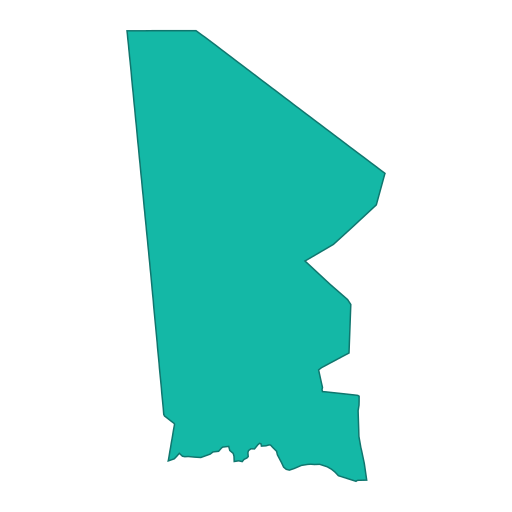 map outline of Timbuktu (Robinson projection)
{"feature_id": "MLI-2688", "entity_name": "Timbuktu", "entity_type": "Region", "adm_level": 1, "iso_a3": "MLI", "parent_name": "Mali", "parent_adm1": "", "projection": "robinson", "projection_center": [-3.929, 20.026], "detail": "fine", "context": "isolated", "style": "filled", "palette": "teal", "viewbox_px": 512, "rotation_deg": 0, "n_neighbors": 0, "source": "natural_earth", "source_scale": "10m", "svg_char_len": 3269}
<svg xmlns="http://www.w3.org/2000/svg" viewBox="0 0 512 512"><path d="M196.0,30.7L199.0,32.9L202.0,35.1L205.0,37.2L207.9,39.4L212.3,42.7L215.4,45.0L218.5,47.4L221.6,49.8L224.7,52.1L227.8,54.5L230.9,56.8L234.0,59.2L237.1,61.6L240.2,63.9L243.4,66.3L246.5,68.7L249.6,71.0L252.7,73.4L255.8,75.7L258.9,78.1L262.0,80.5L265.4,83.0L268.8,85.6L272.2,88.2L275.6,90.7L279.0,93.3L282.4,95.9L285.8,98.5L289.2,101.0L292.5,103.6L295.9,106.2L299.3,108.7L302.7,111.3L306.1,113.9L309.5,116.4L312.9,119.0L316.3,121.6L319.7,124.1L323.1,126.7L326.5,129.3L329.9,131.8L333.3,134.4L336.7,137.0L340.1,139.5L343.5,142.1L346.9,144.7L350.3,147.3L353.7,149.8L357.1,152.4L360.6,155.0L364.0,157.5L367.4,160.1L370.8,162.7L374.2,165.2L377.6,167.8L381.0,170.4L384.4,172.9L385.0,173.4L384.8,173.9L376.3,204.9L351.2,228.2L333.4,244.4L305.0,261.0L329.6,283.9L347.6,299.6L350.8,304.5L349.0,353.0L341.6,356.9L321.6,367.6L318.6,369.9L321.1,381.4L322.5,387.5L322.0,389.7L322.5,391.6L325.2,391.8L342.0,393.6L353.8,394.9L356.3,395.2L357.8,395.4L359.1,396.2L359.1,401.3L359.0,405.1L358.1,410.7L358.5,423.3L358.7,429.2L358.9,436.4L360.5,445.5L360.8,447.4L361.5,450.2L363.4,459.2L364.3,463.5L366.7,480.1L358.0,480.3L356.7,480.7L356.0,481.3L338.4,475.7L334.8,471.9L331.6,469.3L327.3,466.8L319.7,464.3L314.5,464.5L310.7,464.2L307.7,464.4L301.4,465.4L294.2,468.5L289.4,470.1L286.2,469.3L283.6,467.1L281.6,462.8L277.4,454.8L276.6,451.3L272.8,447.5L270.6,445.1L269.1,444.9L266.0,445.8L261.4,446.1L261.1,444.0L259.6,443.3L258.0,444.6L254.5,448.9L250.9,448.8L248.5,450.6L247.9,452.7L248.2,456.6L246.9,458.0L244.0,459.4L242.2,461.6L238.7,460.8L234.2,461.5L234.0,456.3L233.2,453.4L229.8,450.5L228.7,446.4L225.9,446.7L222.7,447.1L221.5,448.0L218.6,451.3L213.1,451.9L210.2,454.1L200.8,457.5L194.5,457.1L188.2,456.5L184.8,456.7L182.4,456.2L179.3,453.3L176.8,456.2L174.3,458.8L168.3,460.9L168.2,460.9L168.3,460.7L169.1,456.1L169.8,451.7L170.6,447.3L171.3,442.9L172.1,438.6L172.8,434.3L173.5,430.0L174.3,425.7L174.5,424.4L174.4,424.1L174.4,423.8L174.2,423.6L174.0,423.3L172.4,422.1L170.8,420.9L169.3,419.7L167.5,418.3L166.1,417.2L164.5,416.0L164.2,415.3L163.8,414.6L163.6,412.8L163.3,408.7L162.9,404.6L162.5,400.5L162.1,396.4L161.7,392.3L161.4,388.2L161.0,384.1L160.6,380.0L160.2,375.9L159.8,371.9L159.4,367.8L159.1,363.7L158.7,359.6L158.3,355.5L157.9,351.4L157.5,347.3L157.2,343.1L156.8,338.9L156.4,334.7L156.0,330.5L155.6,326.3L155.2,322.1L154.8,317.9L154.4,313.7L154.0,309.5L153.6,305.3L153.3,301.1L152.9,296.9L152.6,294.2L152.4,291.6L152.1,288.9L151.9,286.3L151.3,280.0L150.8,274.4L150.2,268.7L149.7,263.0L149.1,257.4L148.6,251.7L148.0,246.0L147.5,240.4L146.9,234.7L146.4,229.8L146.2,227.2L145.6,221.3L145.0,215.5L144.8,212.8L144.2,207.4L143.7,201.9L143.2,196.4L142.6,190.9L142.1,185.5L141.6,180.0L141.0,174.5L140.5,169.1L140.0,163.6L139.4,158.1L138.9,152.6L138.4,147.2L137.8,141.7L137.3,136.2L136.8,130.8L136.3,125.3L135.7,119.8L135.3,115.5L135.2,114.4L134.7,108.9L134.1,103.4L133.6,97.9L133.1,92.5L132.5,87.0L132.0,81.5L131.7,78.7L131.2,72.6L130.6,66.4L130.3,63.6L130.3,63.3L129.9,59.6L129.5,56.0L129.2,52.4L128.8,48.8L128.5,45.2L128.1,41.6L127.7,38.0L127.4,34.4L127.0,30.8L135.6,30.8L144.3,30.8L152.9,30.7L161.5,30.7L170.2,30.7L178.8,30.7L187.4,30.7L196.0,30.7Z" fill="#14b8a6" stroke="#0f766e" stroke-width="1.5"/></svg>